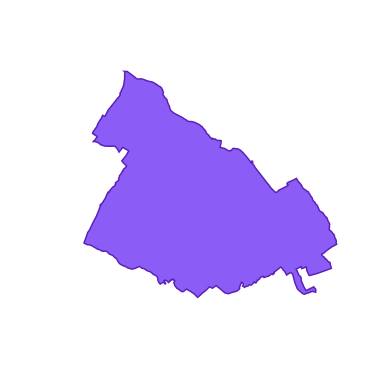 Dragomiresti, Bacau, Romania, rotated 340°
{"feature_id": "2599482B49299083391810", "entity_name": "Dragomiresti", "entity_type": "district", "adm_level": 2, "iso_a3": "ROU", "parent_name": "Romania", "parent_adm1": "Bacau", "projection": "equal_earth", "projection_center": [27.362, 46.63], "detail": "fine", "context": "isolated", "style": "filled", "palette": "violet", "viewbox_px": 384, "rotation_deg": 340, "n_neighbors": 0, "source": "geoboundaries", "source_scale": "gbopen_adm2", "svg_char_len": 6081}
<svg xmlns="http://www.w3.org/2000/svg" viewBox="0 0 384 384"><g transform="rotate(340 192 192)"><path d="M303.0,241.9L302.8,241.3L302.8,238.1L302.2,236.5L302.1,235.3L301.5,233.0L301.4,231.6L300.4,230.7L299.4,228.9L298.2,227.4L297.7,226.5L297.4,225.5L297.1,222.5L295.7,218.9L295.3,218.5L295.2,218.2L295.3,216.9L295.0,216.0L294.6,215.5L294.7,215.0L289.8,215.6L288.1,215.6L285.2,215.9L284.7,216.1L284.0,216.8L284.4,217.9L284.7,218.1L284.5,218.6L283.8,218.6L283.6,218.9L277.8,219.6L273.9,220.0L272.8,220.9L271.6,221.2L270.7,221.0L270.1,220.4L268.8,217.9L267.3,214.6L267.3,214.2L266.5,211.4L265.9,209.9L259.6,190.3L259.5,189.2L259.5,188.6L258.7,186.6L258.7,186.1L259.2,184.8L259.4,183.9L259.0,183.5L258.7,184.2L257.8,185.0L254.8,175.9L254.0,174.3L253.8,173.3L251.7,169.2L250.3,167.5L245.8,165.1L245.3,165.1L242.7,166.5L241.9,166.1L240.7,166.0L240.1,165.5L237.7,162.4L237.0,161.8L234.2,160.1L233.7,159.6L235.9,156.1L237.0,153.8L235.9,153.1L233.1,152.1L232.0,150.5L232.1,150.4L231.9,150.2L231.7,150.4L229.9,148.7L229.5,148.8L229.0,149.4L228.9,149.3L228.4,147.7L228.1,147.4L227.4,145.8L227.1,144.1L226.4,143.1L225.9,141.9L225.7,141.2L225.7,139.1L224.8,137.5L224.8,136.8L223.9,134.7L223.8,133.8L222.8,132.9L222.2,131.5L221.0,130.1L220.5,129.8L219.4,128.6L218.9,127.9L216.0,125.8L212.6,124.3L212.1,123.8L211.2,122.3L209.4,120.2L208.5,118.8L202.7,112.5L201.7,111.2L200.5,109.2L199.8,107.7L199.8,105.4L200.1,103.9L199.9,102.3L199.7,98.7L200.0,97.1L200.0,96.6L199.6,95.5L199.1,94.6L198.7,93.8L198.6,92.6L197.9,90.4L199.0,89.0L199.1,88.5L199.2,87.1L199.0,84.0L198.2,82.3L196.7,80.7L196.2,79.7L193.7,76.5L192.1,74.9L189.3,73.2L186.8,71.3L185.3,69.9L183.1,68.3L179.6,67.3L179.2,67.0L178.4,66.1L177.0,63.6L176.0,62.2L174.9,60.3L173.8,58.9L172.4,56.6L169.7,55.5L169.9,55.8L169.8,56.3L167.3,62.9L167.0,63.3L164.6,67.8L163.8,68.8L163.9,69.0L159.9,72.9L160.0,73.1L159.3,73.9L158.2,74.4L158.1,74.6L158.1,75.5L157.2,76.4L157.3,76.8L153.9,78.6L152.8,79.1L152.0,79.8L141.2,86.4L136.2,91.1L134.2,89.4L131.5,92.3L131.1,92.3L127.0,95.5L126.3,96.4L124.8,98.1L122.2,99.8L121.1,100.7L119.8,101.4L119.4,101.9L119.5,102.3L118.6,102.9L120.2,105.3L120.5,105.5L121.0,106.1L121.2,106.7L121.6,107.2L121.8,107.7L118.1,110.2L117.1,110.4L116.5,110.9L118.3,111.5L119.9,112.9L120.6,113.3L122.4,116.4L125.2,118.6L126.4,119.4L127.4,119.5L129.0,120.4L134.7,122.3L135.7,123.6L136.3,125.0L136.9,127.6L137.1,129.5L142.3,126.4L146.6,131.7L142.7,135.1L136.7,138.7L137.2,140.4L139.4,145.4L137.0,146.7L136.3,146.7L135.5,147.2L134.8,148.1L134.1,148.2L134.0,148.9L132.5,149.6L132.2,150.1L131.5,150.7L129.5,151.8L129.3,152.4L127.6,154.3L127.4,155.4L127.1,155.6L125.8,156.5L124.1,156.9L123.0,157.4L123.1,158.3L120.9,160.1L119.1,160.3L114.6,163.0L114.7,163.3L113.3,164.1L113.0,163.5L110.6,165.8L108.5,168.1L107.5,168.9L104.2,171.5L103.5,171.8L102.9,172.2L102.1,172.3L101.1,173.0L101.6,173.5L99.3,175.8L98.5,177.0L97.6,177.8L97.0,178.7L95.1,180.6L94.4,181.6L88.7,186.7L83.9,191.5L81.6,193.5L80.1,194.3L79.2,195.7L76.7,198.7L73.2,202.7L73.1,203.2L75.7,205.8L77.9,206.7L79.9,208.7L83.8,213.5L85.8,214.9L87.1,216.7L87.7,216.9L88.3,217.4L90.3,217.9L91.3,218.5L92.1,219.8L93.1,222.0L96.0,224.7L97.0,227.1L98.2,228.8L98.4,229.3L98.7,231.9L99.1,233.7L99.8,235.1L100.8,236.4L101.9,237.5L104.5,239.8L105.7,241.4L109.0,243.8L111.1,244.2L112.4,244.3L117.3,244.0L118.0,244.9L118.4,246.0L119.6,247.0L120.8,247.6L122.5,250.1L123.2,250.9L125.9,253.1L127.4,256.1L129.1,257.8L129.9,258.8L130.2,259.5L130.3,260.1L130.3,261.2L129.9,262.8L129.7,264.6L129.8,265.3L130.4,267.3L130.7,267.7L132.5,267.2L134.2,267.2L134.9,267.9L135.1,269.1L135.9,269.1L135.4,265.7L136.3,265.5L137.1,266.2L137.3,266.2L137.6,266.4L138.2,267.4L138.4,267.4L138.9,269.0L141.5,268.0L141.4,267.6L142.8,267.4L142.9,267.8L143.2,267.8L143.6,267.2L143.9,267.1L144.5,267.4L144.8,267.8L144.7,268.6L145.3,269.0L145.4,269.5L144.8,270.4L143.9,270.9L143.9,274.1L144.9,277.3L146.1,278.8L148.3,282.1L149.8,282.6L150.7,282.4L153.6,281.3L155.2,283.3L156.4,284.6L159.2,288.5L161.3,293.0L168.7,290.0L169.6,289.9L173.4,288.4L175.8,287.0L178.0,289.1L178.6,289.4L182.6,288.2L186.3,294.1L186.7,295.1L188.5,298.2L189.3,298.6L190.9,299.8L191.4,300.0L192.4,300.1L194.8,300.0L199.2,300.5L201.3,300.2L202.7,299.7L203.8,299.0L203.7,298.2L205.4,296.4L205.6,295.9L206.0,295.3L207.1,294.7L207.6,293.7L208.0,293.9L208.8,295.5L208.4,296.7L207.4,297.7L208.6,299.2L208.8,299.6L209.7,299.3L212.9,299.5L213.5,299.0L213.8,298.9L215.0,299.1L215.4,299.7L216.5,299.5L219.3,298.2L219.6,297.8L219.8,297.7L220.0,297.8L220.2,298.8L220.7,299.2L221.3,299.2L221.8,298.5L222.5,298.2L223.4,297.1L223.7,297.0L223.9,297.3L224.2,297.4L224.7,297.2L225.9,296.7L226.6,296.0L228.2,295.4L229.3,295.7L230.3,295.6L230.5,296.0L230.4,297.0L231.8,297.1L233.1,296.9L234.9,297.3L239.0,296.2L239.7,297.2L241.4,296.6L241.4,296.4L241.1,295.9L242.3,295.4L242.2,295.3L249.8,292.9L250.5,293.9L251.0,296.6L251.9,298.0L252.5,302.4L256.7,301.4L257.7,302.2L258.2,303.0L258.3,303.6L258.4,304.9L257.8,310.7L257.7,314.3L257.9,319.2L259.9,323.0L261.2,325.2L261.7,325.8L262.4,326.3L263.1,326.6L265.0,326.4L267.7,326.7L270.8,326.4L271.7,326.9L273.9,328.5L274.1,327.8L274.7,327.0L274.9,325.7L274.7,324.8L274.1,323.8L274.0,322.8L265.6,323.6L265.4,322.9L264.8,320.3L264.4,314.1L264.4,312.7L265.0,310.3L265.2,309.0L264.7,307.8L264.0,306.8L263.8,302.3L263.5,300.0L269.1,299.5L268.9,301.5L273.7,301.5L273.6,302.7L273.3,303.6L273.0,305.3L273.3,307.4L273.3,309.2L273.4,309.9L273.8,310.7L281.8,311.4L296.8,311.4L297.2,308.6L297.1,307.7L297.6,306.2L297.3,304.9L296.8,304.6L296.4,304.6L295.1,301.0L294.6,300.3L294.3,300.4L294.1,299.4L293.8,298.9L293.9,298.7L293.9,298.2L293.0,297.2L292.6,296.0L292.5,294.8L295.2,294.5L297.3,293.5L301.7,292.2L304.8,291.4L310.1,290.6L310.0,289.4L310.5,288.3L310.9,286.8L310.9,285.5L310.6,283.9L310.9,280.8L310.1,279.0L309.5,276.8L308.0,274.4L309.1,272.2L309.5,270.7L310.2,269.7L310.4,268.9L309.9,265.6L310.0,262.6L309.8,261.9L309.2,261.1L308.7,260.0L307.9,256.4L307.2,255.3L306.3,254.7L305.9,254.0L305.4,252.8L305.2,247.9L305.1,247.4L304.0,245.2L304.0,243.8L303.8,243.4L303.0,241.9Z" fill="#8b5cf6" stroke="#5b21b6" stroke-width="1.5"/></g></svg>